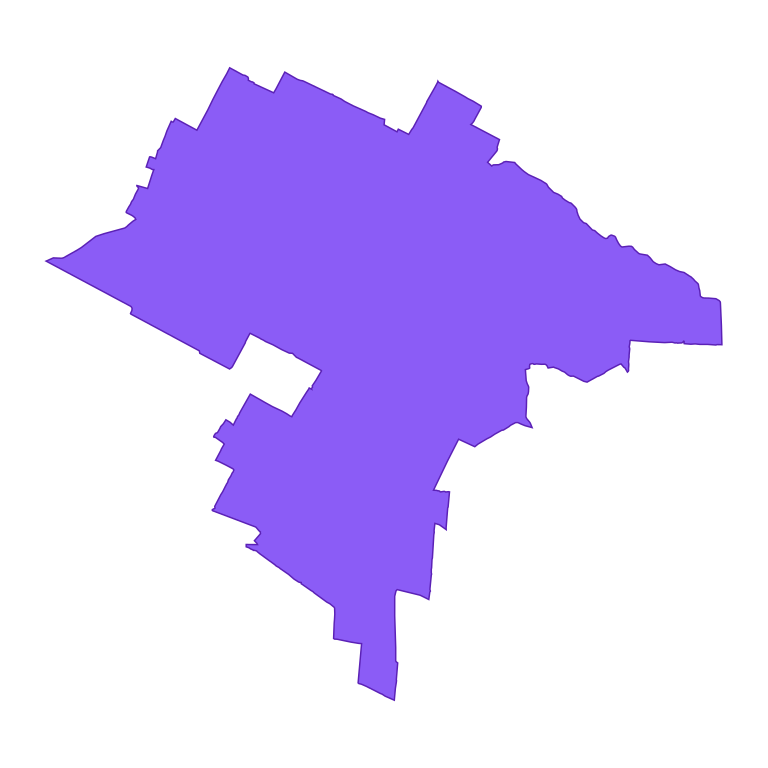 the district of Jiana, Mehedinti, Romania
{"feature_id": "2599482B91903527279634", "entity_name": "Jiana", "entity_type": "district", "adm_level": 2, "iso_a3": "ROU", "parent_name": "Romania", "parent_adm1": "Mehedinti", "projection": "albers", "projection_center": [22.719, 44.37], "detail": "fine", "context": "isolated", "style": "filled", "palette": "violet", "viewbox_px": 768, "rotation_deg": 0, "n_neighbors": 0, "source": "geoboundaries", "source_scale": "gbopen_adm2", "svg_char_len": 6078}
<svg xmlns="http://www.w3.org/2000/svg" viewBox="0 0 768 768"><path d="M394.3,700.2L395.4,688.2L396.4,681.8L396.5,680.3L396.3,679.9L397.7,662.9L396.3,661.9L395.7,660.8L395.7,647.6L394.7,616.0L394.7,596.3L396.0,590.9L397.2,589.6L420.1,595.2L428.8,599.5L429.8,592.1L430.4,591.1L429.9,589.4L431.3,575.1L431.6,574.1L431.3,572.7L431.3,569.3L431.6,567.9L432.0,559.4L432.4,558.0L433.8,534.9L434.2,532.5L434.1,530.4L434.9,523.4L439.3,524.7L446.2,529.6L446.1,527.9L447.7,507.8L448.1,507.1L449.5,491.9L448.3,491.7L445.7,492.0L444.5,491.4L443.7,491.4L440.6,491.9L440.0,491.7L439.6,491.1L438.9,490.9L437.5,490.7L436.7,490.4L433.5,490.2L447.5,461.0L458.6,439.2L474.8,446.7L478.0,444.1L486.9,438.8L490.7,436.9L494.7,434.2L501.7,430.3L503.5,430.0L509.0,426.6L510.5,425.3L515.6,422.6L518.0,422.6L520.9,424.0L525.1,425.7L532.1,427.6L530.3,423.2L529.6,422.1L526.7,418.6L526.0,417.1L525.9,416.1L526.4,407.1L526.6,397.4L527.0,396.0L528.1,394.0L528.5,391.7L528.7,387.3L528.5,386.4L527.2,383.7L526.2,380.6L525.4,369.6L528.6,368.7L529.6,368.2L529.7,367.7L529.5,366.4L529.8,364.4L530.6,364.0L532.3,363.6L533.1,363.7L533.7,364.2L534.6,364.3L536.4,363.9L541.7,364.3L544.9,364.2L545.7,364.5L546.8,365.4L548.1,368.0L553.7,367.1L554.5,367.6L558.4,368.9L561.9,371.0L564.6,372.1L567.6,374.7L569.3,375.7L570.6,376.2L573.5,376.1L583.8,381.3L587.1,382.1L597.5,376.3L598.6,376.1L603.9,373.4L605.9,371.6L608.3,370.1L619.4,364.4L621.0,363.9L623.9,367.3L624.9,367.9L625.3,368.5L627.4,372.1L628.2,371.4L628.6,370.6L628.5,368.8L628.7,366.4L628.8,364.2L628.5,361.7L629.1,357.1L629.1,355.0L629.7,349.1L629.6,348.0L629.2,346.9L629.8,343.6L630.0,340.8L630.5,340.3L649.3,341.8L664.6,342.6L672.1,342.2L675.0,343.0L676.5,342.8L677.3,343.1L681.8,342.9L683.1,342.0L683.7,341.2L684.1,341.4L684.1,343.3L684.1,343.6L684.5,343.7L690.8,344.2L695.2,343.9L700.0,344.4L707.7,344.4L715.9,345.0L717.0,344.6L721.9,344.7L721.4,325.4L720.4,302.7L720.2,301.8L719.2,300.6L715.9,298.7L708.7,298.1L704.1,298.0L702.6,297.7L700.8,296.6L700.3,295.9L699.7,290.5L699.0,288.2L698.4,284.6L698.0,283.7L694.7,280.7L693.6,279.3L690.9,276.8L689.2,275.9L684.1,272.5L679.5,271.5L675.5,269.8L670.4,266.7L665.2,264.0L658.9,264.8L656.1,263.6L653.2,261.7L650.3,258.0L647.4,255.2L640.2,254.0L638.8,253.5L634.4,249.5L632.6,247.1L631.3,246.3L628.8,246.2L622.1,247.0L621.0,246.4L620.3,245.8L618.5,243.3L616.8,240.1L615.5,237.1L614.6,236.2L611.6,235.1L610.7,235.2L608.6,236.5L607.5,238.2L605.8,238.5L605.1,238.4L603.7,237.7L601.1,236.0L597.5,233.2L594.7,230.6L592.4,230.0L586.3,223.6L583.6,222.7L580.0,219.1L578.1,215.1L577.0,211.6L576.7,209.5L576.3,208.7L575.3,207.3L571.6,203.6L571.0,203.1L569.0,202.5L565.1,200.1L562.5,198.1L561.6,196.4L558.0,194.2L553.6,192.4L548.4,187.2L546.8,184.3L546.3,183.8L540.9,180.4L528.4,174.6L524.2,171.6L521.8,169.6L515.9,164.0L514.7,162.5L506.0,161.5L503.5,162.1L502.8,162.9L498.8,164.7L493.3,164.9L491.7,166.0L487.6,162.3L496.7,151.2L497.2,150.2L497.5,148.8L497.2,148.0L497.2,147.0L499.5,139.6L470.8,124.5L472.5,123.0L473.8,121.3L474.9,119.1L481.2,107.5L481.3,106.2L473.3,101.3L467.9,98.6L465.2,96.9L456.2,91.8L438.6,82.3L437.9,81.2L437.6,82.3L435.1,87.0L426.8,101.6L426.5,102.8L413.1,127.8L411.8,129.4L408.7,134.4L398.3,129.2L397.0,131.8L384.1,124.8L384.6,119.4L380.2,118.1L373.1,114.7L368.0,112.7L365.7,111.4L353.1,105.8L344.8,101.5L341.1,99.0L333.2,95.4L333.1,94.7L332.5,94.3L330.6,94.1L303.9,81.3L302.7,80.8L300.3,80.4L297.3,79.3L284.8,72.1L276.2,88.5L273.7,92.8L254.1,83.8L254.0,82.8L252.4,81.9L251.4,81.8L248.3,80.2L248.4,78.6L248.1,77.5L247.8,77.0L245.1,75.4L242.9,75.0L229.7,67.8L226.8,73.6L222.1,81.8L218.2,89.2L212.9,99.4L207.8,109.9L196.9,130.2L175.3,118.5L173.4,121.8L173.0,122.0L172.3,122.0L171.2,121.3L166.9,130.9L165.0,136.4L163.4,140.2L160.7,147.6L157.6,150.8L157.5,152.1L155.6,158.7L151.6,157.1L150.3,156.8L149.6,156.9L146.2,167.0L149.8,168.1L152.3,169.5L153.8,169.6L151.8,175.3L147.6,188.5L136.9,185.5L136.8,185.8L137.2,186.5L138.5,187.7L138.5,188.2L138.0,189.5L135.5,194.0L133.3,199.4L132.3,200.6L131.3,202.2L130.6,204.1L128.9,206.7L126.3,211.4L126.2,212.4L126.6,212.8L131.7,215.3L133.2,216.3L135.0,217.8L135.8,219.4L132.8,221.3L128.4,225.0L126.8,226.6L124.8,228.0L104.0,233.7L95.8,236.4L81.4,247.5L77.2,250.1L63.7,257.7L62.1,258.2L60.3,258.2L53.3,257.9L46.1,261.1L130.5,306.2L131.1,306.6L132.1,308.3L131.9,310.5L130.5,313.5L130.9,314.1L199.3,350.8L199.8,353.3L229.6,369.0L230.6,368.2L231.1,368.0L232.3,366.8L245.3,342.8L245.5,341.7L249.9,333.4L250.1,333.3L260.0,338.3L260.6,338.8L263.5,340.2L265.5,341.5L273.0,344.8L281.7,349.6L289.2,353.1L292.5,353.3L296.5,357.4L297.0,357.5L321.1,370.4L321.5,370.9L315.9,380.4L312.2,385.9L312.5,386.8L312.5,387.3L311.6,388.3L311.4,388.7L311.6,389.2L309.2,388.0L308.7,389.1L306.7,392.0L299.9,402.7L296.0,409.7L292.5,415.2L291.8,416.7L290.1,416.0L286.8,413.8L282.0,411.1L272.4,406.6L265.2,402.6L250.3,394.1L241.7,409.3L239.7,412.9L238.9,414.9L238.1,415.8L237.4,416.9L236.9,418.4L236.3,419.0L233.3,425.1L230.0,422.2L225.9,419.8L223.4,423.7L220.7,426.6L219.9,428.4L217.5,432.6L215.5,433.4L214.3,435.2L213.7,436.5L213.8,437.0L214.1,437.3L215.0,437.2L215.6,437.5L222.7,442.5L224.2,444.1L221.1,449.5L221.0,450.1L215.6,460.3L217.9,461.1L225.8,465.0L233.1,468.9L233.8,469.8L233.8,470.2L233.0,472.1L232.2,473.0L230.9,475.9L228.4,479.8L227.6,482.5L226.4,484.3L225.9,485.5L225.5,486.1L222.7,491.7L220.8,494.7L214.7,506.4L215.0,508.0L214.7,508.5L213.3,509.0L212.2,509.9L212.3,510.4L212.8,510.8L255.7,527.0L256.5,527.8L259.0,530.8L260.4,531.9L260.3,532.5L260.5,533.7L254.4,540.7L256.8,543.2L257.5,544.6L246.2,544.5L246.2,546.8L249.0,547.8L251.1,549.2L252.9,549.8L253.3,550.4L254.1,550.3L256.6,550.9L257.3,551.7L260.1,554.0L274.8,564.7L276.2,566.0L279.1,567.6L280.2,568.6L288.6,574.4L293.9,579.0L298.4,581.9L299.4,582.3L301.2,582.5L301.2,583.7L311.3,590.7L312.9,591.6L314.2,592.9L326.8,602.1L329.8,603.7L334.2,607.3L334.6,608.1L334.8,614.1L334.5,619.4L334.2,623.0L333.6,638.5L334.6,639.1L336.9,639.2L350.9,642.1L358.9,643.4L361.6,643.6L358.1,682.9L358.9,683.6L361.4,684.2L366.2,686.3L380.4,693.5L382.2,694.2L385.2,696.2L394.3,700.2Z" fill="#8b5cf6" stroke="#5b21b6" stroke-width="1.5"/></svg>